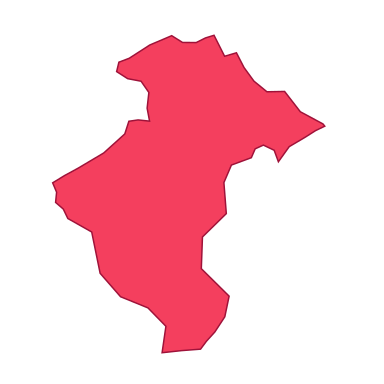 outline of La Vega, rotated 355°
{"feature_id": "DOM-1975", "entity_name": "La Vega", "entity_type": "Province", "adm_level": 1, "iso_a3": "DOM", "parent_name": "Dominican Republic", "parent_adm1": "", "projection": "albers", "projection_center": [-70.602, 19.023], "detail": "fine", "context": "isolated", "style": "filled", "palette": "rose", "viewbox_px": 384, "rotation_deg": 355, "n_neighbors": 0, "source": "natural_earth", "source_scale": "10m", "svg_char_len": 875}
<svg xmlns="http://www.w3.org/2000/svg" viewBox="0 0 384 384"><g transform="rotate(355 192 192)"><path d="M185.4,34.5L195.6,42.2L209.2,43.5L218.8,39.7L227.6,37.8L236.3,59.6L248.4,57.2L254.7,72.6L263.4,87.0L275.4,98.7L293.0,99.9L306.9,121.5L328.4,135.6L329.2,136.8L330.0,138.0L320.5,141.6L309.9,147.1L292.8,155.3L280.7,169.4L277.5,157.6L267.2,151.5L258.7,154.5L254.1,163.0L233.6,168.6L224.6,185.4L224.3,216.5L198.5,237.7L194.6,269.2L219.9,299.0L213.8,319.2L202.5,333.5L193.4,341.9L186.8,349.3L167.8,349.1L148.2,349.5L154.3,323.5L138.0,303.6L111.7,290.1L93.4,265.0L88.6,223.1L66.0,207.6L62.3,197.8L55.2,190.5L57.1,180.4L54.0,170.7L66.5,164.5L80.7,158.3L107.5,145.4L130.1,128.3L135.3,116.0L144.6,115.5L155.9,117.7L154.6,104.6L157.7,89.1L150.9,77.2L137.8,73.5L127.4,65.5L130.5,56.3L141.1,53.3L162.7,41.9L185.4,34.5Z" fill="#f43f5e" stroke="#9f1239" stroke-width="1.5"/></g></svg>